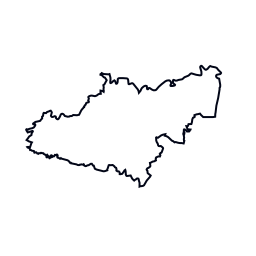 outline of Kota Banjar, Jawa Barat, Indonesia, rotated 348°
{"feature_id": "22746128B64728543729693", "entity_name": "Kota Banjar", "entity_type": "district", "adm_level": 2, "iso_a3": "IDN", "parent_name": "Indonesia", "parent_adm1": "Jawa Barat", "projection": "orthographic", "projection_center": [108.553, -7.381], "detail": "fine", "context": "isolated", "style": "outline", "palette": "ink", "viewbox_px": 256, "rotation_deg": 348, "n_neighbors": 0, "source": "geoboundaries", "source_scale": "gbopen_adm2", "svg_char_len": 5772}
<svg xmlns="http://www.w3.org/2000/svg" viewBox="0 0 256 256"><g transform="rotate(348 128 128)"><path d="M227.4,98.7L225.9,97.8L225.1,96.8L224.9,95.8L225.2,94.9L226.0,94.4L229.4,94.4L230.2,93.9L230.5,93.5L230.4,93.0L228.4,90.0L227.3,87.7L226.0,86.8L222.7,85.4L221.3,84.5L220.1,85.1L218.1,86.7L216.7,87.2L216.2,87.2L215.3,86.5L213.0,82.6L212.5,82.4L211.8,82.7L211.4,83.1L211.2,83.8L211.5,88.2L211.1,90.4L210.8,91.2L210.4,91.5L209.5,91.5L208.8,91.3L205.7,90.1L201.5,87.8L200.4,87.9L198.7,89.0L197.7,89.4L193.8,90.1L191.4,91.5L190.7,91.6L187.2,91.5L185.6,91.8L184.1,91.5L183.2,90.7L182.4,90.4L182.1,90.6L181.7,91.4L181.5,93.1L181.6,93.8L182.9,95.3L183.0,95.6L182.7,96.0L182.3,96.1L181.3,96.2L179.9,96.1L178.6,95.8L178.4,95.6L178.4,94.9L179.4,93.7L179.6,93.0L179.5,91.7L178.6,90.2L178.0,89.9L175.9,89.7L174.2,90.1L169.9,92.2L166.6,94.1L163.5,96.5L162.3,96.7L160.8,96.4L159.4,95.4L157.6,93.5L157.0,93.2L156.4,93.3L155.7,94.2L155.3,94.2L154.9,94.0L154.8,93.0L155.1,91.2L155.0,90.8L154.4,90.5L153.6,90.3L152.0,90.6L149.9,91.8L149.2,92.5L148.0,94.2L146.0,95.8L146.0,93.9L145.6,92.3L142.3,85.8L141.7,85.2L141.2,85.0L138.4,85.4L137.8,85.2L137.7,84.9L138.1,81.3L138.1,80.4L137.7,79.6L137.0,79.2L133.2,78.1L129.6,77.4L128.9,77.5L128.2,78.0L127.4,80.9L126.7,82.0L126.2,82.3L125.8,82.3L125.5,82.1L125.2,79.6L124.6,78.6L123.5,78.9L121.7,80.1L120.5,80.5L120.2,80.4L120.1,79.6L121.0,76.8L121.3,75.0L121.1,71.4L120.2,71.5L115.3,70.1L113.1,68.3L113.2,68.5L113.2,69.3L112.3,69.6L112.1,70.2L113.4,70.9L114.9,73.3L115.9,73.9L117.1,76.8L114.0,80.4L112.8,80.9L112.7,83.3L112.1,84.9L112.0,86.8L111.7,87.5L111.0,86.7L108.9,85.7L108.3,88.2L108.6,88.3L108.5,88.9L107.1,88.7L106.1,88.8L104.0,89.8L102.3,90.0L99.4,88.8L98.6,88.6L96.7,88.8L95.8,89.3L95.6,89.5L95.8,91.2L94.8,92.8L95.2,93.9L94.9,94.6L93.0,94.7L92.2,95.0L91.4,96.4L90.5,96.8L90.4,97.1L90.0,97.3L89.5,98.4L89.1,98.3L88.1,99.4L87.5,99.7L85.9,101.1L82.9,104.9L80.7,104.9L77.1,103.9L75.5,104.6L73.8,104.3L72.9,104.6L71.3,104.4L68.7,103.1L68.1,101.7L67.5,100.9L66.7,100.4L65.9,100.4L65.1,100.8L63.7,102.8L62.0,104.6L61.2,104.9L60.9,104.8L60.3,104.4L59.7,103.5L59.6,103.2L59.8,102.3L59.5,101.6L58.6,101.2L57.4,101.5L56.3,101.5L55.8,101.3L55.3,100.6L55.2,99.9L56.7,97.0L56.5,96.0L56.0,95.0L55.1,95.0L54.1,95.3L52.4,95.5L52.0,95.6L50.9,96.4L48.8,95.7L48.3,96.1L47.4,98.5L46.3,99.1L46.0,100.8L44.4,101.9L43.8,102.6L43.3,102.8L38.7,102.8L36.2,103.9L36.0,104.2L36.1,104.6L36.7,104.9L37.9,105.1L38.0,105.5L37.8,106.2L36.3,107.7L35.7,108.0L34.2,108.3L32.1,108.3L30.8,108.4L30.3,108.8L28.5,108.1L28.1,108.4L28.1,109.1L29.0,111.5L33.8,111.0L34.1,111.1L34.2,111.4L34.2,111.6L32.6,113.2L32.1,114.8L29.5,115.8L28.3,117.0L26.3,118.7L28.3,120.5L31.0,122.1L30.3,122.8L28.2,126.4L26.3,125.7L25.5,125.7L25.7,126.2L27.3,127.2L27.7,128.5L27.7,129.2L28.4,129.3L29.4,130.3L31.1,130.9L31.4,131.4L31.2,132.4L31.3,132.7L33.2,132.7L33.7,133.4L33.9,134.0L34.9,134.6L35.5,134.1L36.1,134.2L36.7,134.5L37.5,134.2L37.9,134.5L38.5,134.4L39.1,134.9L40.0,135.1L40.3,136.0L41.3,136.7L41.5,137.1L41.8,137.2L42.3,138.1L42.2,139.5L42.6,139.9L43.1,139.7L43.7,139.0L43.2,137.7L43.4,137.5L44.2,139.0L44.8,139.4L44.7,140.8L44.9,141.3L45.1,141.3L45.8,140.8L47.6,140.6L47.7,139.7L47.0,139.8L46.5,139.6L46.7,139.0L47.2,138.7L47.6,138.9L48.4,139.8L49.5,140.4L49.8,140.3L50.9,139.1L51.7,139.4L52.0,139.7L52.6,139.2L53.0,139.2L53.4,139.8L53.5,140.3L52.8,141.9L53.0,142.4L53.9,142.7L55.0,143.9L55.2,144.0L56.1,143.5L56.5,144.1L62.2,147.0L63.3,148.2L64.0,149.9L64.7,149.9L65.1,150.3L65.3,150.5L65.2,150.8L65.5,150.9L70.1,152.9L71.1,153.7L72.3,154.1L72.9,154.1L73.5,153.8L74.0,154.0L74.8,153.9L76.3,154.5L77.1,154.2L77.3,154.6L77.2,155.4L78.3,156.4L79.3,156.5L80.5,156.1L81.8,156.2L84.1,155.3L85.2,155.5L85.9,157.4L86.7,157.7L87.1,160.9L88.6,162.1L94.9,165.2L96.3,165.4L98.7,165.1L98.6,164.9L99.8,163.2L101.4,160.4L101.9,160.3L103.3,160.8L105.3,161.0L106.7,162.6L107.1,163.7L108.1,164.5L108.2,166.1L107.8,166.9L107.9,167.4L108.7,168.2L109.9,168.5L110.2,168.9L110.6,169.7L110.3,171.4L110.9,171.6L112.8,171.6L114.8,169.8L115.7,168.8L116.6,168.4L116.7,169.7L116.2,173.0L116.4,174.2L116.7,174.6L117.5,174.8L120.7,175.0L121.5,178.1L121.9,179.0L123.1,180.7L124.0,180.2L125.1,179.9L126.1,179.3L126.7,179.3L127.6,179.7L127.8,180.6L127.7,181.3L127.9,184.0L127.1,187.7L128.1,187.5L129.4,187.7L130.8,187.7L131.8,187.3L135.4,183.3L139.5,180.2L140.3,179.2L137.9,176.3L137.9,175.4L138.1,173.9L137.7,173.2L137.6,172.7L137.6,172.4L138.3,171.7L138.7,171.4L140.0,171.2L140.4,170.9L141.3,170.6L142.0,169.8L142.2,166.7L142.8,166.7L145.0,166.0L147.2,166.0L147.6,165.7L148.6,165.5L148.6,164.1L149.1,163.4L149.1,163.0L149.5,162.6L151.9,162.1L153.3,162.5L154.0,161.4L153.7,160.0L154.9,159.3L154.9,159.1L155.4,159.1L155.8,158.9L157.7,155.9L158.1,155.1L158.0,154.5L157.4,153.7L156.3,152.4L155.4,152.4L154.3,152.0L153.9,151.3L153.8,149.2L153.3,148.2L153.0,146.2L153.5,143.2L153.9,143.0L155.2,143.8L159.0,142.1L160.9,141.8L163.2,141.8L162.4,143.2L163.9,144.0L165.4,145.3L167.9,148.9L168.6,149.8L169.5,150.3L170.5,151.7L171.4,151.6L172.0,151.8L173.8,152.8L175.8,153.6L177.4,153.9L179.2,154.7L180.1,153.0L180.1,152.3L180.4,152.1L180.2,151.7L180.3,150.5L180.9,149.1L181.0,146.5L180.8,145.3L181.1,144.7L181.8,145.5L182.3,144.4L181.9,142.8L182.3,141.3L182.5,141.1L182.8,141.3L183.2,141.2L184.8,143.2L184.9,143.6L185.3,143.8L186.6,143.7L186.8,144.1L187.1,144.1L187.6,143.7L187.5,142.9L188.6,142.8L188.8,142.5L186.0,141.6L185.5,138.3L186.7,138.6L187.1,138.4L188.0,136.8L190.8,137.3L191.8,135.5L192.7,132.9L193.7,131.5L194.5,131.4L195.6,130.9L195.4,129.4L194.9,129.3L198.2,128.9L199.3,129.0L201.4,128.9L202.1,130.4L203.8,132.9L213.6,135.0L215.6,135.1L216.3,132.4L216.9,131.0L219.1,124.5L222.4,117.5L225.6,109.3L225.9,107.8L226.5,107.2L226.9,106.3L227.2,104.8L227.4,98.7Z" fill="none" stroke="#020617" stroke-width="2"/></g></svg>